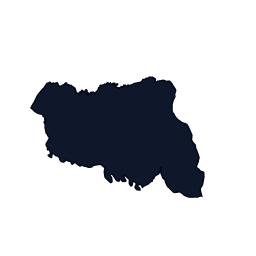 outline of Tarnova, Caras-Severin, Romania, rotated 26°
{"feature_id": "2599482B16006768624412", "entity_name": "Tarnova", "entity_type": "district", "adm_level": 2, "iso_a3": "ROU", "parent_name": "Romania", "parent_adm1": "Caras-Severin", "projection": "natural_earth1", "projection_center": [21.989, 45.335], "detail": "fine", "context": "isolated", "style": "filled", "palette": "ink", "viewbox_px": 256, "rotation_deg": 26, "n_neighbors": 0, "source": "geoboundaries", "source_scale": "gbopen_adm2", "svg_char_len": 5759}
<svg xmlns="http://www.w3.org/2000/svg" viewBox="0 0 256 256"><g transform="rotate(26 128 128)"><path d="M215.4,134.7L211.9,135.1L209.9,134.1L209.2,133.9L208.1,133.9L206.8,133.3L206.2,132.1L205.8,127.6L204.7,123.3L201.1,119.6L197.3,116.2L196.4,114.6L195.5,113.6L192.3,112.4L190.2,110.8L188.5,106.3L181.5,100.5L179.4,99.1L177.6,99.0L175.5,99.4L173.3,99.4L168.4,98.5L165.0,97.0L163.7,95.7L162.2,95.1L160.5,93.9L159.5,92.2L157.1,87.2L156.3,82.4L156.5,79.5L155.0,77.1L154.7,75.4L154.6,73.7L153.5,72.4L149.0,69.8L147.7,68.8L146.2,68.2L144.5,67.8L142.0,69.4L139.2,69.5L137.8,70.3L137.0,71.3L136.3,71.5L135.7,71.9L135.4,72.4L134.2,72.9L133.5,74.2L133.2,74.5L132.4,74.5L131.7,73.8L131.4,73.1L131.3,72.3L131.0,72.0L130.8,72.2L130.4,72.2L130.0,71.9L129.0,71.6L128.6,72.0L127.6,71.7L127.0,72.2L126.4,72.3L125.4,72.7L124.6,73.4L124.1,74.4L123.8,74.8L122.5,75.4L122.4,76.5L120.2,77.9L119.9,80.8L113.7,85.7L113.7,86.3L113.4,86.7L112.6,87.3L110.5,89.5L109.8,89.6L109.4,89.3L109.2,89.3L109.0,90.6L108.8,91.0L108.0,91.1L106.7,90.7L106.0,91.5L105.5,91.5L105.7,92.5L105.6,92.8L105.2,93.2L104.4,93.7L103.7,93.7L103.7,94.8L103.2,95.3L103.3,95.5L103.1,96.1L102.4,95.8L102.1,95.9L102.5,96.3L102.2,96.5L101.2,96.3L100.0,96.4L99.2,96.7L98.8,96.6L98.6,96.3L98.6,94.7L99.0,94.6L99.2,94.2L99.6,93.8L99.4,93.0L99.0,93.0L98.3,93.7L98.3,94.3L98.1,94.8L97.6,94.8L97.5,95.0L97.4,95.4L96.5,95.8L96.2,95.6L96.0,95.2L96.1,94.8L96.4,94.7L96.6,94.8L96.9,94.3L96.9,94.1L96.5,93.7L95.9,93.8L95.9,94.0L95.4,94.3L95.0,94.4L94.6,95.5L94.2,95.9L93.5,95.9L92.5,95.2L91.8,96.5L91.0,96.7L90.2,96.3L89.8,95.8L89.9,96.3L89.4,96.7L89.3,98.0L89.1,98.5L88.6,98.7L87.9,98.7L87.7,99.0L87.4,99.9L86.9,100.1L86.4,100.8L85.5,101.2L84.9,101.7L84.4,101.8L84.6,102.4L84.5,103.7L84.0,104.8L84.0,105.3L84.5,106.0L84.5,106.5L84.2,107.3L84.0,108.4L83.2,110.7L83.1,112.2L81.9,111.2L81.5,111.4L81.3,111.0L80.7,111.2L80.1,111.7L79.4,111.9L78.9,112.4L79.1,113.1L79.0,114.0L78.4,114.5L77.9,115.1L77.5,115.2L77.4,113.9L77.1,113.9L77.2,114.4L76.7,114.7L76.7,115.2L76.3,114.7L76.2,114.7L76.1,114.8L76.2,115.0L75.7,115.3L75.3,114.0L75.3,113.9L75.7,113.8L75.2,113.4L75.1,112.9L74.5,112.1L73.6,111.9L73.4,112.2L73.2,113.7L72.9,114.3L72.5,114.9L72.0,114.8L70.3,114.2L70.1,114.3L69.8,115.8L70.3,116.1L69.1,116.8L69.9,117.2L70.5,117.1L70.6,117.7L68.8,118.3L68.9,118.7L68.7,118.7L67.9,118.6L66.8,119.0L65.7,118.7L65.1,117.8L63.8,116.6L63.2,115.8L62.7,115.5L60.9,115.2L59.2,115.0L58.1,114.7L57.4,115.1L55.5,115.2L54.9,115.6L54.5,115.7L52.8,114.5L52.6,114.6L52.0,115.3L51.7,116.7L51.2,117.4L50.7,117.8L50.2,119.0L49.5,119.7L49.0,120.0L47.7,120.4L47.3,120.4L46.4,120.0L45.3,118.7L44.8,118.4L44.2,118.7L42.4,120.3L41.2,120.3L40.9,120.7L40.5,121.4L40.2,121.6L39.7,121.7L38.1,121.1L37.7,121.2L37.5,121.4L37.3,122.0L36.3,123.0L35.6,123.4L35.5,124.5L35.3,125.2L35.1,126.9L35.1,128.4L34.5,129.7L34.3,130.6L33.8,132.2L32.7,137.1L32.4,138.7L32.4,143.7L32.5,145.1L32.1,148.4L32.0,152.4L34.5,153.1L36.7,153.9L40.4,154.3L42.2,154.0L44.0,153.5L44.9,153.4L45.9,153.9L46.7,154.7L48.7,155.0L49.2,155.8L49.2,156.5L49.9,157.1L50.5,157.0L50.8,157.2L50.8,157.6L50.1,157.7L50.0,158.6L50.4,158.5L50.9,159.1L50.5,159.4L50.8,159.9L50.6,160.1L51.6,160.7L52.0,161.0L53.4,164.1L55.1,166.2L56.6,168.3L56.9,168.6L57.8,168.6L59.4,170.1L61.2,170.8L61.7,170.8L62.0,171.1L61.5,171.2L61.5,171.4L62.0,171.6L61.8,171.9L61.9,172.8L61.6,176.1L61.4,177.5L61.5,178.4L62.1,179.3L63.1,180.1L64.5,180.9L64.7,181.4L64.7,182.3L65.1,182.7L65.3,182.8L65.6,182.4L66.0,182.2L66.8,182.3L67.8,182.9L68.6,183.5L69.3,184.7L69.6,185.3L69.4,186.1L69.2,186.6L68.3,187.2L68.3,187.5L68.8,187.9L71.5,188.2L72.1,188.0L72.1,187.5L71.3,185.6L71.1,185.0L71.4,184.5L72.3,183.8L72.7,183.7L74.6,184.3L75.5,184.5L77.1,184.0L78.2,184.2L79.5,184.9L80.6,186.1L81.4,186.8L82.3,187.2L83.3,187.3L84.6,187.1L85.1,186.6L85.7,185.8L86.3,184.2L86.8,183.7L88.8,183.9L90.7,183.2L91.2,183.3L93.0,184.8L93.6,185.0L93.9,184.8L95.1,182.4L95.4,182.2L96.9,182.3L99.1,182.9L101.4,183.2L102.0,182.8L102.9,181.5L103.3,181.2L103.7,181.2L104.6,181.5L105.2,181.5L107.2,180.8L109.5,180.7L111.0,179.9L112.6,178.7L113.2,177.0L113.9,176.3L118.1,173.3L118.9,172.9L119.5,172.7L120.2,172.8L123.1,173.4L124.1,173.8L124.7,174.2L125.0,174.5L125.3,175.3L125.5,176.5L125.9,177.8L128.9,182.2L129.5,182.6L135.9,184.6L136.4,184.6L136.8,184.3L137.1,183.7L137.1,183.3L136.9,182.7L135.1,180.0L132.6,178.5L132.3,177.8L132.4,177.4L133.4,176.7L134.1,176.6L134.7,176.7L138.5,178.8L139.7,179.7L140.9,180.1L141.9,180.1L142.7,180.0L143.2,179.5L143.3,179.1L143.2,177.4L143.3,176.9L143.5,176.9L144.0,176.9L145.3,177.9L146.3,178.3L146.6,178.3L148.8,177.3L149.2,176.8L149.2,176.3L148.5,175.7L147.3,175.0L146.3,174.0L145.8,173.4L145.6,172.9L145.6,172.3L145.8,172.1L147.2,172.2L151.6,173.6L152.1,174.1L153.5,177.3L154.4,178.0L155.8,178.8L156.5,178.5L156.6,178.3L156.7,177.3L156.4,176.1L155.7,175.0L155.7,174.5L156.2,173.8L157.3,173.5L158.5,173.6L159.8,174.4L160.1,175.0L160.2,178.0L160.5,178.4L161.1,178.8L162.3,179.3L163.2,179.5L165.9,178.6L166.0,178.4L165.9,178.3L165.2,177.3L164.3,176.8L162.3,176.2L161.8,175.6L161.7,175.2L162.2,174.5L163.5,173.5L164.6,173.3L165.6,173.7L166.9,175.0L167.3,174.0L168.0,172.9L170.8,169.3L171.6,166.9L172.2,165.9L173.1,165.1L172.6,163.7L172.8,162.8L173.3,161.9L173.1,160.2L173.5,158.8L175.4,156.1L175.7,155.0L175.7,154.0L175.5,152.4L174.5,148.6L175.2,150.1L176.8,152.4L177.2,153.3L177.4,154.2L179.1,155.5L180.9,157.3L181.9,157.9L183.6,158.2L184.1,158.4L185.5,160.1L187.6,162.0L189.7,163.3L191.4,163.7L192.8,164.3L196.9,165.6L197.5,165.7L197.9,165.6L199.3,164.8L201.8,163.0L202.7,162.6L206.1,163.1L207.7,163.6L208.9,163.7L212.8,163.4L216.5,161.7L218.7,160.4L220.8,159.5L222.2,157.9L223.6,156.8L224.0,156.8L219.9,151.9L219.4,150.2L219.9,146.8L217.7,138.8L215.4,134.7Z" fill="#0f172a" stroke="#020617" stroke-width="1.5"/></g></svg>